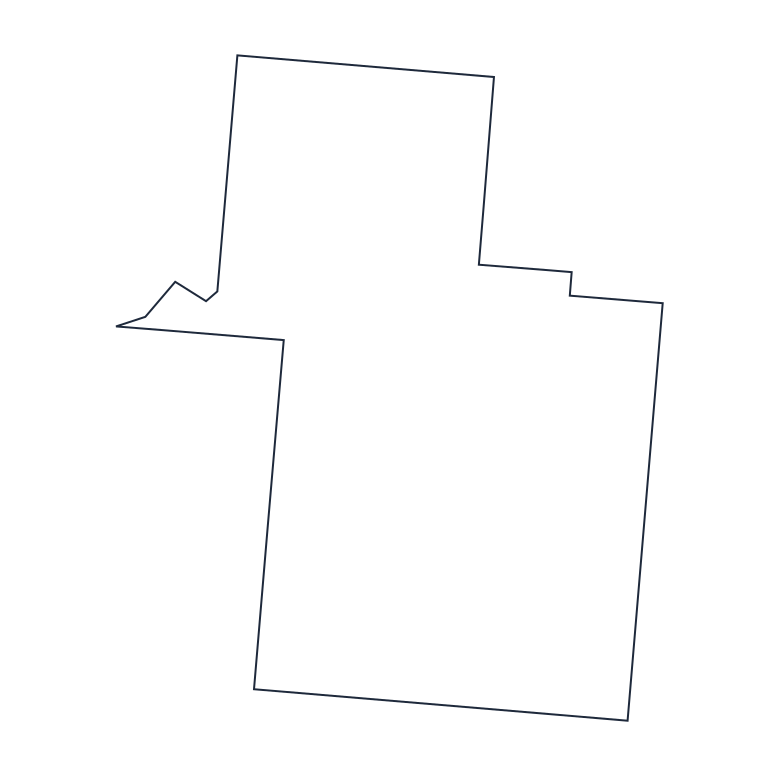 Montgomery, Mississippi, United States of America, rotated 185°
{"feature_id": "52423323B94631767050196", "entity_name": "Montgomery", "entity_type": "district", "adm_level": 2, "iso_a3": "USA", "parent_name": "United States of America", "parent_adm1": "Mississippi", "projection": "orthographic", "projection_center": [-89.583, 33.482], "detail": "fine", "context": "isolated", "style": "outline", "palette": "slate", "viewbox_px": 768, "rotation_deg": 185, "n_neighbors": 0, "source": "geoboundaries", "source_scale": "gbopen_adm2", "svg_char_len": 402}
<svg xmlns="http://www.w3.org/2000/svg" viewBox="0 0 768 768"><g transform="rotate(185 384 384)"><path d="M112.0,69.8L113.4,488.8L206.6,488.2L206.8,511.8L228.9,511.7L299.9,511.1L300.2,569.3L301.2,699.4L558.7,698.6L558.1,461.7L568.5,451.0L600.9,467.6L627.6,430.1L656.0,418.0L606.9,418.4L487.7,419.0L487.4,231.6L486.9,68.6L182.3,69.6L112.0,69.8Z" fill="none" stroke="#1e293b" stroke-width="2"/></g></svg>